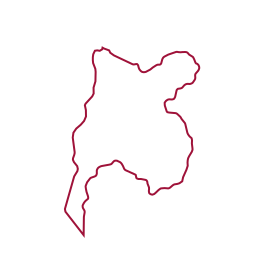 the border of Western, rotated 339°
{"feature_id": "KEN-891", "entity_name": "Western", "entity_type": "Province", "adm_level": 1, "iso_a3": "KEN", "parent_name": "Kenya", "parent_adm1": "", "projection": "mercator", "projection_center": [34.624, 0.494], "detail": "fine", "context": "isolated", "style": "outline", "palette": "rose", "viewbox_px": 256, "rotation_deg": 339, "n_neighbors": 0, "source": "natural_earth", "source_scale": "10m", "svg_char_len": 3503}
<svg xmlns="http://www.w3.org/2000/svg" viewBox="0 0 256 256"><g transform="rotate(339 128 128)"><path d="M129.3,45.8L132.1,45.3L132.2,45.2L133.0,43.9L134.2,45.3L138.2,48.8L138.4,51.4L140.9,55.2L155.1,70.1L155.8,70.6L156.4,70.8L157.2,71.0L158.0,71.1L158.8,71.3L159.4,71.6L159.7,72.3L159.9,73.2L159.7,74.8L159.6,76.2L159.7,77.5L160.3,79.2L160.8,80.1L161.4,80.8L162.6,81.5L163.2,81.7L164.0,81.9L164.8,82.0L169.8,81.4L172.8,80.4L176.6,79.6L177.4,79.5L178.2,79.5L178.9,79.7L179.6,80.0L180.3,80.2L181.1,80.2L181.7,79.9L182.2,79.5L184.6,76.2L185.1,75.7L185.6,75.3L186.1,74.9L186.8,74.6L187.6,74.4L191.9,73.9L199.8,74.2L200.6,74.3L201.3,74.6L202.4,75.3L203.7,75.9L204.4,76.2L205.9,76.6L208.5,77.5L209.5,78.0L209.9,78.3L210.2,78.6L210.5,79.0L210.7,79.4L211.4,81.4L213.9,84.7L214.2,85.4L214.4,87.6L214.4,91.1L214.5,91.5L214.7,92.1L215.6,92.9L216.0,93.6L216.3,94.4L216.4,95.7L216.3,96.6L216.0,97.6L215.4,98.4L214.4,99.4L213.8,99.8L210.6,101.5L210.0,102.1L209.6,102.8L208.8,105.3L208.3,106.2L207.3,107.1L204.8,108.8L204.4,109.0L203.9,109.1L203.2,109.2L201.6,109.1L200.9,108.8L199.6,108.2L198.9,108.0L198.1,107.9L197.3,107.9L195.8,108.3L193.4,109.6L192.9,109.8L192.4,109.9L191.7,109.9L190.9,109.8L189.1,109.4L188.7,109.3L188.3,109.4L187.8,109.6L187.2,109.9L186.7,110.5L183.2,115.8L182.2,116.7L181.2,117.3L180.4,117.3L179.6,117.2L178.9,117.0L177.0,116.1L176.3,115.9L175.5,115.8L174.7,115.9L173.9,116.1L173.2,116.3L171.4,117.4L170.9,118.6L170.4,120.4L170.1,126.3L170.4,127.3L171.9,128.3L177.6,131.1L178.2,131.5L178.6,131.9L179.0,132.5L180.9,136.4L181.3,138.9L182.7,143.2L182.9,143.9L182.9,144.8L181.7,153.8L181.8,155.5L182.4,157.7L183.0,159.0L183.4,159.6L183.7,160.3L183.6,161.3L183.3,162.6L182.1,165.3L180.9,170.1L180.4,171.5L179.0,173.1L175.0,176.2L173.4,177.7L172.9,178.4L172.2,179.5L171.2,181.6L170.2,184.7L167.6,187.9L161.8,193.7L159.5,197.2L156.2,198.0L154.1,197.9L151.3,197.3L150.3,197.3L149.1,197.6L146.0,198.7L144.8,198.9L143.9,198.8L140.6,197.2L137.5,196.3L136.7,196.2L134.4,196.8L130.6,198.4L128.9,199.0L127.7,199.0L126.7,198.9L125.9,198.3L125.3,197.8L124.9,197.2L124.6,196.7L124.5,196.1L124.6,195.6L124.9,194.3L125.2,193.7L125.8,192.5L126.3,191.0L126.3,186.8L126.7,185.3L126.7,184.6L126.6,183.8L126.3,183.2L125.6,182.6L121.9,180.3L119.4,179.3L118.3,178.4L117.9,177.5L118.3,175.3L118.4,174.6L118.0,174.0L110.5,166.4L110.2,165.8L109.9,165.1L109.8,164.4L109.7,161.7L109.3,159.2L108.8,157.8L108.3,157.0L105.9,154.5L104.7,154.0L103.6,153.8L102.9,154.0L101.6,154.6L100.4,155.3L99.7,155.6L98.9,155.7L97.3,155.5L89.9,154.1L88.7,154.0L87.7,154.1L86.9,154.2L86.2,154.4L85.5,154.7L84.6,155.4L84.3,155.7L83.9,156.1L83.6,156.6L82.6,159.3L82.2,159.9L81.7,160.4L81.3,160.9L80.4,161.2L79.2,161.3L76.7,161.2L75.4,161.2L74.5,161.5L70.4,164.0L68.0,166.6L67.7,167.0L67.4,167.6L66.9,169.8L66.4,172.8L66.2,177.3L66.1,177.9L65.8,179.0L65.5,179.5L65.2,179.8L62.6,180.7L61.3,181.3L59.7,182.4L58.3,183.7L58.0,184.0L57.7,184.5L57.5,185.2L57.3,186.0L57.3,186.8L57.7,189.2L57.7,190.0L57.5,190.7L57.2,191.4L55.1,194.9L54.7,195.8L48.2,212.1L43.9,197.9L39.6,183.7L40.1,181.0L48.1,170.3L49.3,168.7L60.4,153.9L65.3,150.1L66.5,148.2L66.9,145.4L65.3,140.4L65.2,137.9L65.8,136.6L68.2,133.8L69.2,132.3L69.6,131.2L72.9,117.5L73.0,117.1L75.4,112.8L79.5,110.0L85.1,108.0L89.5,105.7L92.9,102.2L95.1,96.2L95.6,93.1L95.9,91.3L97.1,90.1L105.9,85.7L108.3,83.5L110.3,78.0L114.3,72.8L117.9,64.0L118.7,61.1L118.7,58.1L118.7,54.9L119.5,52.0L120.6,49.2L122.0,46.7L124.8,44.0L127.1,44.5L129.3,45.8Z" fill="none" stroke="#9f1239" stroke-width="2"/></g></svg>